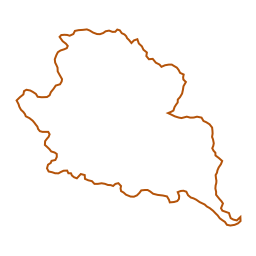 the district of Governador Lindenberg, Espírito Santo, Brazil, rotated 89°
{"feature_id": "56859067B32114864176214", "entity_name": "Governador Lindenberg", "entity_type": "district", "adm_level": 2, "iso_a3": "BRA", "parent_name": "Brazil", "parent_adm1": "Espírito Santo", "projection": "natural_earth1", "projection_center": [-40.489, -19.202], "detail": "fine", "context": "isolated", "style": "outline", "palette": "amber", "viewbox_px": 256, "rotation_deg": 89, "n_neighbors": 0, "source": "geoboundaries", "source_scale": "gbopen_adm2", "svg_char_len": 2969}
<svg xmlns="http://www.w3.org/2000/svg" viewBox="0 0 256 256"><g transform="rotate(89 128 128)"><path d="M89.3,231.3L92.6,232.0L95.2,235.4L98.5,238.9L102.3,237.0L104.8,236.3L107.9,234.7L110.2,232.3L112.3,230.8L114.5,230.0L116.4,226.4L119.0,223.2L121.1,221.5L123.1,220.1L125.0,218.6L127.4,217.9L129.6,216.2L130.4,213.5L130.4,210.7L130.5,207.8L132.9,206.5L135.4,207.5L137.3,209.2L139.7,211.1L143.5,211.4L145.7,209.0L147.8,206.9L150.1,205.2L151.2,201.8L152.7,199.7L155.7,199.7L158.7,201.2L159.5,205.0L161.6,205.9L163.3,208.6L166.9,209.7L170.1,208.1L170.9,204.6L172.0,201.6L172.1,198.3L170.9,196.1L169.6,193.2L169.5,189.6L172.2,188.4L172.3,185.8L174.5,184.9L176.3,182.8L177.4,180.0L173.2,176.0L174.3,172.1L178.1,171.9L179.6,168.6L180.5,165.0L183.3,162.5L183.3,158.8L182.8,155.4L183.4,152.1L184.6,149.1L184.8,146.3L185.7,143.9L183.7,141.6L183.0,138.6L185.9,136.0L188.3,136.5L191.0,136.0L192.4,133.6L194.7,131.1L196.6,126.6L196.8,123.3L195.5,120.2L193.2,117.8L190.6,115.8L190.3,112.3L190.3,109.5L191.8,107.0L194.2,104.0L195.4,99.5L196.1,94.3L197.1,90.2L200.5,88.3L203.1,87.5L202.8,83.3L201.9,80.0L199.8,78.3L196.8,78.0L193.0,79.4L191.9,76.4L191.7,73.7L192.7,70.8L196.3,69.1L198.6,66.4L199.5,63.7L200.9,61.0L203.3,57.7L205.8,52.7L207.9,50.5L209.5,47.7L212.2,44.4L214.9,41.9L216.9,39.9L219.9,37.8L221.8,35.3L223.6,32.7L226.5,30.8L227.3,27.4L226.7,23.1L225.3,19.7L223.0,17.1L219.0,17.2L222.3,20.8L221.4,24.3L219.9,26.9L217.2,27.8L214.8,28.5L213.6,31.6L212.3,35.1L209.8,36.4L207.3,35.3L205.1,34.4L202.9,35.8L200.7,37.7L198.9,39.1L196.3,41.1L193.3,41.0L190.0,41.7L187.0,41.4L184.6,40.7L182.3,40.5L179.9,40.9L176.6,41.2L174.2,39.8L171.9,39.3L169.0,38.0L165.8,35.7L162.6,34.4L159.5,37.8L157.0,41.0L154.2,41.1L152.2,42.9L149.7,44.1L147.5,43.1L144.8,42.5L140.9,43.2L138.4,44.1L135.1,43.5L132.3,43.6L129.0,43.9L125.7,46.4L123.6,49.6L122.3,52.4L118.9,54.3L117.9,58.8L118.7,62.1L118.7,65.6L117.7,69.0L119.0,74.3L118.5,76.9L117.2,80.9L115.3,84.6L113.8,87.7L112.7,84.9L111.4,82.3L107.9,81.1L105.3,79.4L103.4,77.9L100.4,77.7L98.1,75.5L94.5,73.3L90.7,72.4L87.2,71.8L83.0,69.3L80.5,71.8L78.2,72.0L75.5,71.4L73.8,74.9L70.8,76.4L68.5,78.1L66.8,80.9L65.4,83.1L65.3,85.9L65.9,89.9L67.4,93.5L65.1,95.4L63.2,99.0L59.3,102.1L59.6,105.9L56.4,108.4L52.8,107.8L50.0,111.2L46.6,112.7L43.7,115.7L39.4,117.1L40.5,120.5L43.1,123.1L40.1,125.4L38.2,127.3L36.2,128.2L34.4,129.9L33.1,132.6L30.2,134.5L29.4,137.0L31.6,139.1L31.6,141.9L30.3,145.2L30.9,148.7L32.6,151.1L33.7,154.4L33.5,157.4L32.0,161.2L29.8,164.7L28.7,167.4L29.1,171.4L29.3,175.7L30.0,179.4L33.1,181.0L34.7,184.7L33.9,187.2L33.7,190.0L33.9,193.1L35.7,194.8L40.1,191.8L42.6,188.6L44.9,186.8L47.1,187.8L48.2,190.5L49.3,194.1L51.0,196.8L53.8,198.3L58.0,200.0L61.3,199.7L63.6,198.6L66.4,197.4L70.2,197.3L73.6,195.5L78.0,193.1L80.3,193.5L83.1,195.2L84.3,199.5L87.6,201.8L90.8,204.5L93.9,205.8L95.6,208.4L95.7,211.2L95.7,214.1L95.2,217.8L92.3,219.5L90.2,222.6L88.8,225.1L88.0,228.9L89.3,231.3Z" fill="none" stroke="#b45309" stroke-width="2"/></g></svg>